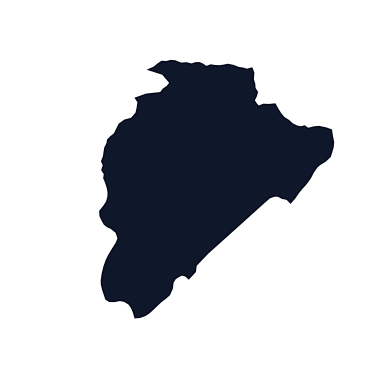 the district of Candeias, Bahia, Brazil, rotated 31°
{"feature_id": "56859067B39745147168905", "entity_name": "Candeias", "entity_type": "district", "adm_level": 2, "iso_a3": "BRA", "parent_name": "Brazil", "parent_adm1": "Bahia", "projection": "robinson", "projection_center": [-38.483, -12.69], "detail": "fine", "context": "isolated", "style": "filled", "palette": "ink", "viewbox_px": 384, "rotation_deg": 31, "n_neighbors": 0, "source": "geoboundaries", "source_scale": "gbopen_adm2", "svg_char_len": 1924}
<svg xmlns="http://www.w3.org/2000/svg" viewBox="0 0 384 384"><g transform="rotate(31 192 192)"><path d="M289.7,80.9L287.6,76.5L283.7,72.2L279.4,67.1L274.0,68.2L267.3,70.5L263.0,73.6L258.8,77.9L254.5,77.5L251.9,80.3L247.9,81.6L242.9,82.0L238.2,81.0L232.6,80.9L228.1,79.4L223.8,77.3L217.9,73.9L213.1,77.5L208.2,80.1L205.0,84.4L201.5,83.3L198.0,81.6L197.6,77.0L196.5,72.7L192.4,70.7L189.9,67.1L186.4,64.0L183.5,58.2L179.5,55.0L176.0,58.7L171.9,59.7L168.0,61.4L161.8,62.5L156.8,64.4L154.2,66.9L150.8,69.7L146.5,72.0L142.6,73.6L139.7,77.3L135.4,77.0L132.0,77.4L128.8,79.3L125.8,82.7L120.7,84.3L116.4,87.4L110.1,88.4L106.2,90.3L103.0,93.5L98.8,95.8L96.6,100.7L95.3,104.5L91.9,109.4L106.1,106.0L117.1,109.7L116.4,114.3L114.4,118.8L114.0,123.1L102.4,131.9L95.3,140.6L99.6,142.6L101.9,148.3L103.5,153.0L102.2,160.2L97.4,165.1L94.8,171.1L95.1,176.1L95.6,182.1L94.0,186.3L92.9,190.6L94.3,194.2L94.6,198.9L96.1,202.6L97.9,206.9L98.8,212.1L102.4,214.6L103.5,219.5L107.8,221.6L109.3,225.4L113.4,228.4L117.7,232.2L120.7,235.8L122.7,239.7L124.0,244.4L123.8,249.3L122.9,255.8L125.7,259.9L129.5,262.4L133.3,264.6L137.2,265.2L141.2,264.7L147.8,265.6L152.7,269.7L153.5,274.8L153.3,281.0L153.3,289.4L153.8,294.7L155.2,301.5L157.2,307.9L159.8,314.2L162.0,317.7L166.1,321.9L169.9,325.1L173.4,328.1L177.4,328.2L181.7,325.8L186.0,321.9L190.5,320.4L195.5,320.4L199.5,322.1L203.6,324.9L207.9,329.0L211.8,326.2L215.3,321.9L217.1,318.3L218.5,314.1L220.1,308.1L221.8,302.0L223.8,297.1L225.5,291.6L224.6,284.7L222.2,279.5L222.2,274.9L223.9,271.5L225.9,268.2L229.9,267.1L233.8,268.0L235.8,258.6L233.2,252.9L237.1,235.8L242.3,218.9L250.2,193.2L258.5,165.8L259.7,162.2L261.4,156.9L264.6,153.0L267.8,151.1L272.8,150.8L277.0,149.2L282.0,150.5L283.1,144.4L283.5,137.7L284.4,131.9L285.2,127.9L285.8,123.5L286.1,118.6L285.7,112.4L286.1,106.5L287.2,102.8L290.5,96.4L292.1,90.3L290.9,85.4L289.7,80.9Z" fill="#0f172a" stroke="#020617" stroke-width="1.5"/></g></svg>